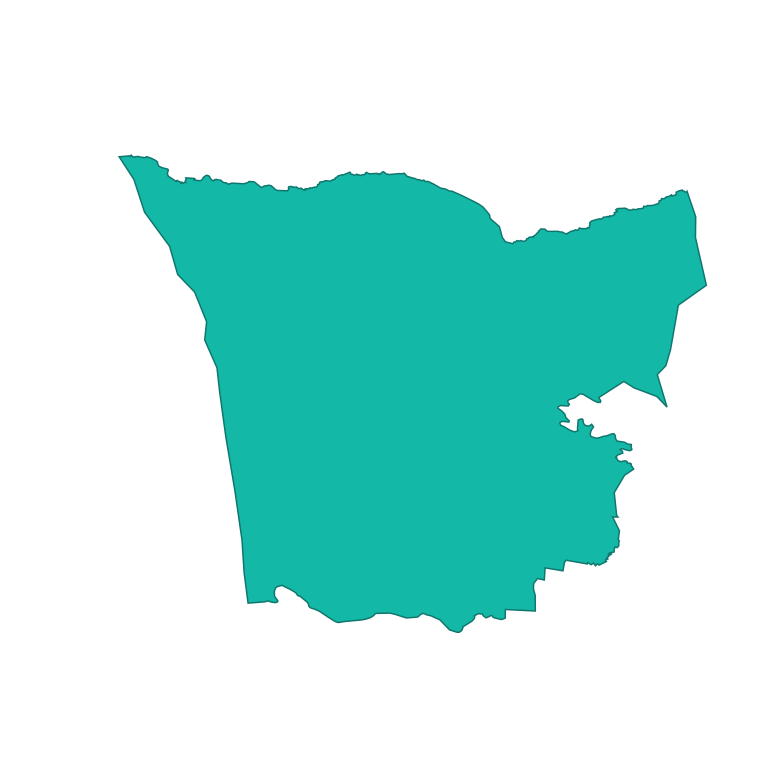 the district of Weija Gbawe Municipal, Greater Accra, Ghana, rotated 100°
{"feature_id": "2480657B6669757606157", "entity_name": "Weija Gbawe Municipal", "entity_type": "district", "adm_level": 2, "iso_a3": "GHA", "parent_name": "Ghana", "parent_adm1": "Greater Accra", "projection": "equal_earth", "projection_center": [-0.376, 5.542], "detail": "fine", "context": "isolated", "style": "filled", "palette": "teal", "viewbox_px": 768, "rotation_deg": 100, "n_neighbors": 0, "source": "geoboundaries", "source_scale": "gbopen_adm2", "svg_char_len": 6170}
<svg xmlns="http://www.w3.org/2000/svg" viewBox="0 0 768 768"><g transform="rotate(100 384 384)"><path d="M177.8,427.6L179.5,434.5L179.2,436.5L178.6,437.8L179.4,438.9L180.8,438.9L182.0,442.2L182.7,442.9L182.3,445.1L182.9,445.9L182.1,447.1L182.2,447.6L183.2,448.2L183.5,449.2L183.1,451.0L183.2,452.6L182.9,453.5L182.2,453.4L181.3,454.4L185.0,460.1L185.2,461.5L187.2,465.6L188.1,466.0L189.8,467.9L191.0,467.9L191.9,470.2L193.6,472.1L193.8,476.0L194.1,477.4L195.3,478.9L196.2,482.1L198.4,482.7L199.2,484.0L199.9,483.6L201.4,484.5L202.1,485.7L202.6,487.7L203.6,489.2L203.7,491.2L205.0,492.3L205.1,493.8L205.6,495.6L205.9,495.9L206.6,495.1L206.9,495.4L206.9,496.9L205.5,499.7L206.3,501.5L206.2,502.5L205.2,504.4L205.8,506.5L205.6,508.9L205.8,510.8L206.2,511.8L206.9,512.3L208.2,511.5L210.5,512.6L211.8,521.7L211.8,523.9L208.4,529.4L208.2,531.7L209.9,536.5L211.9,538.7L207.4,547.1L208.0,552.0L209.6,553.5L211.2,557.1L212.6,568.6L213.9,571.4L214.4,571.6L213.2,574.6L213.5,575.8L213.3,577.3L212.7,578.7L211.6,580.0L211.8,582.3L211.6,584.9L212.4,586.4L213.7,587.5L212.9,589.2L211.2,591.1L210.1,591.7L209.4,592.9L209.2,594.6L209.6,595.5L211.9,597.8L214.4,598.6L215.3,599.4L215.9,601.5L216.1,605.9L216.0,606.7L215.5,606.7L214.9,605.8L214.5,606.1L215.4,615.0L216.7,614.4L218.6,615.0L219.9,614.2L220.1,615.4L221.1,616.5L220.9,617.3L220.3,617.9L220.4,618.3L221.4,618.0L221.7,618.1L221.8,618.5L220.1,620.4L220.1,621.6L219.4,623.0L219.8,623.6L220.6,623.8L216.8,632.6L214.3,633.9L211.1,633.6L210.3,633.8L209.9,634.7L209.6,639.5L208.7,643.4L206.9,644.9L204.6,645.7L203.4,648.0L202.2,652.1L201.4,656.8L201.5,657.6L202.6,658.7L202.8,663.4L202.6,665.8L204.1,670.4L202.6,672.7L203.8,672.9L203.9,673.2L203.5,674.2L206.2,684.3L226.0,665.8L256.4,649.6L285.7,619.0L312.0,606.2L326.4,586.4L353.5,569.5L371.8,568.2L397.0,551.3L419.3,544.8L463.8,530.5L515.0,512.3L562.5,496.7L594.4,488.9L623.4,479.8L619.1,463.1L617.8,461.1L618.3,457.3L618.3,454.1L617.8,452.1L617.1,451.1L616.3,450.8L615.7,451.1L613.0,454.1L611.5,455.1L607.2,456.0L603.8,455.4L602.0,453.8L600.0,449.5L602.6,440.5L604.9,434.5L607.3,432.3L607.7,429.6L612.3,421.6L613.9,420.1L615.7,419.6L616.8,418.3L617.3,416.9L617.8,413.2L618.9,408.4L623.9,397.1L626.2,391.3L626.8,388.7L626.7,387.1L624.7,381.4L620.3,365.3L618.7,361.1L616.6,357.1L613.9,354.0L612.0,353.0L611.2,351.6L608.6,338.4L608.9,333.1L610.5,321.3L607.9,311.1L607.4,310.1L604.4,307.7L603.2,305.8L603.2,304.3L603.9,302.0L604.1,297.6L606.6,287.9L614.8,276.7L615.8,268.9L615.4,266.8L613.3,264.6L609.1,263.8L602.3,256.2L601.0,255.4L598.8,254.2L597.3,254.3L596.7,254.9L593.8,251.3L593.5,247.3L595.1,245.8L596.5,243.1L596.5,242.7L593.3,238.1L593.5,237.2L594.6,236.3L595.1,235.0L595.6,228.0L595.2,226.7L593.6,224.0L585.0,225.3L581.3,195.6L565.9,198.4L560.0,201.2L554.5,202.0L548.9,199.0L549.2,192.1L537.1,193.4L536.9,175.3L528.6,175.3L525.9,174.2L525.9,152.6L524.5,152.4L526.0,148.6L524.0,146.6L526.3,144.2L524.0,142.4L525.0,140.7L520.2,134.2L518.9,135.5L517.4,133.2L516.4,134.5L514.8,132.7L513.2,133.4L513.2,131.6L512.0,130.6L511.4,132.6L509.4,128.2L507.4,128.6L504.3,128.1L504.6,125.8L502.4,124.7L499.9,125.2L497.6,125.1L496.5,126.3L487.8,126.6L475.2,135.8L474.4,130.5L472.9,132.1L451.0,138.4L432.0,131.2L424.5,123.4L420.9,126.6L419.9,126.6L419.3,127.7L419.3,128.6L419.8,129.7L419.2,131.0L418.5,130.9L417.9,131.8L417.8,133.3L419.4,137.5L418.8,140.3L416.7,142.0L416.3,143.0L415.5,142.3L415.1,142.8L413.5,141.7L410.6,136.9L409.1,137.4L408.2,138.6L407.6,139.9L406.5,138.9L406.3,137.0L406.8,136.1L406.6,134.9L406.9,134.0L407.0,130.2L405.9,128.8L405.3,128.5L403.3,129.7L400.6,129.9L400.9,133.2L399.6,137.0L399.7,144.8L397.7,146.4L394.5,147.4L393.1,148.8L393.7,151.3L396.4,155.7L397.4,158.8L399.6,162.9L400.5,165.4L400.0,170.0L398.9,172.0L396.1,172.2L393.6,171.9L389.8,170.2L387.6,172.5L389.9,174.8L389.9,177.9L389.3,179.5L387.6,181.0L385.0,181.7L384.0,182.6L384.6,184.7L385.8,186.5L394.5,185.7L396.3,184.9L398.1,188.2L397.2,192.9L394.8,199.2L394.0,202.7L392.0,204.2L390.6,203.5L389.7,201.1L389.4,195.3L388.2,195.2L385.4,199.2L382.1,200.8L379.6,204.5L377.6,208.6L376.1,208.6L374.5,206.2L373.7,198.8L372.0,197.9L369.9,199.9L368.6,200.2L367.1,198.7L364.6,193.9L359.6,189.2L359.6,186.1L364.0,174.4L365.0,170.6L364.6,167.8L363.1,167.6L360.0,170.1L339.8,148.3L344.4,137.0L348.9,113.1L357.6,101.3L327.3,116.5L317.0,109.6L300.3,107.8L255.2,107.8L230.8,83.7L185.7,102.7L165.1,106.1L141.7,119.0L142.6,119.3L142.5,121.1L142.0,121.8L142.1,123.1L141.2,123.9L142.7,127.2L144.5,129.6L146.4,128.9L147.0,129.5L149.0,132.9L147.8,133.6L150.1,136.4L150.9,138.7L152.5,139.8L153.1,140.6L153.0,142.4L153.2,142.8L155.2,143.3L155.8,144.7L158.5,144.8L161.8,151.0L161.7,151.9L162.2,152.9L162.4,155.3L163.7,156.9L163.9,159.1L166.1,159.4L167.4,164.3L168.0,164.8L168.6,166.8L168.7,169.2L169.8,170.5L170.2,173.4L169.3,175.3L169.0,177.0L170.7,184.6L172.3,186.0L173.2,184.1L173.5,184.0L173.9,184.4L173.9,185.3L174.8,185.7L175.2,186.9L177.0,186.3L179.2,189.1L179.2,191.1L180.3,191.2L180.3,193.4L181.2,194.5L181.4,196.5L183.8,198.5L183.8,200.0L184.9,202.8L187.3,207.6L188.5,208.9L190.0,209.4L191.0,208.7L192.2,209.2L194.1,208.8L194.7,209.4L194.6,210.8L195.8,211.5L196.8,217.0L196.4,217.7L196.5,218.7L199.0,219.9L199.0,222.5L200.8,224.7L200.7,225.7L203.9,229.7L204.4,229.9L204.5,230.5L204.1,233.0L203.4,234.8L203.7,237.1L203.4,239.0L205.3,249.8L203.6,252.3L204.0,256.3L206.8,258.4L208.0,258.4L209.0,259.6L210.8,260.5L212.1,262.1L213.4,262.3L213.6,262.6L213.2,263.5L213.8,264.4L214.1,266.1L214.7,266.9L215.7,267.3L216.2,268.7L217.6,268.9L218.7,269.7L219.3,272.1L219.0,274.4L219.9,275.7L219.6,277.4L219.8,278.1L221.1,278.9L221.7,280.7L223.2,281.3L223.4,282.3L222.9,289.1L219.2,292.9L209.0,297.7L203.1,307.4L201.7,308.6L199.8,309.1L198.6,309.9L192.7,317.0L190.5,321.6L189.1,325.8L184.9,340.1L182.3,350.6L182.6,353.2L181.5,356.6L181.2,359.0L181.4,360.9L181.0,363.0L178.2,370.8L176.9,375.8L177.4,378.9L176.3,380.1L177.2,382.4L176.7,384.8L176.9,387.3L176.1,390.0L176.2,391.2L175.5,397.3L172.9,400.6L174.3,404.2L174.0,404.9L176.9,415.6L176.6,416.6L177.0,417.6L176.8,418.5L175.8,419.6L175.1,421.8L176.2,423.1L178.3,424.5L177.7,425.7L178.3,426.0L178.3,426.5L177.8,427.6Z" fill="#14b8a6" stroke="#0f766e" stroke-width="1.5"/></g></svg>